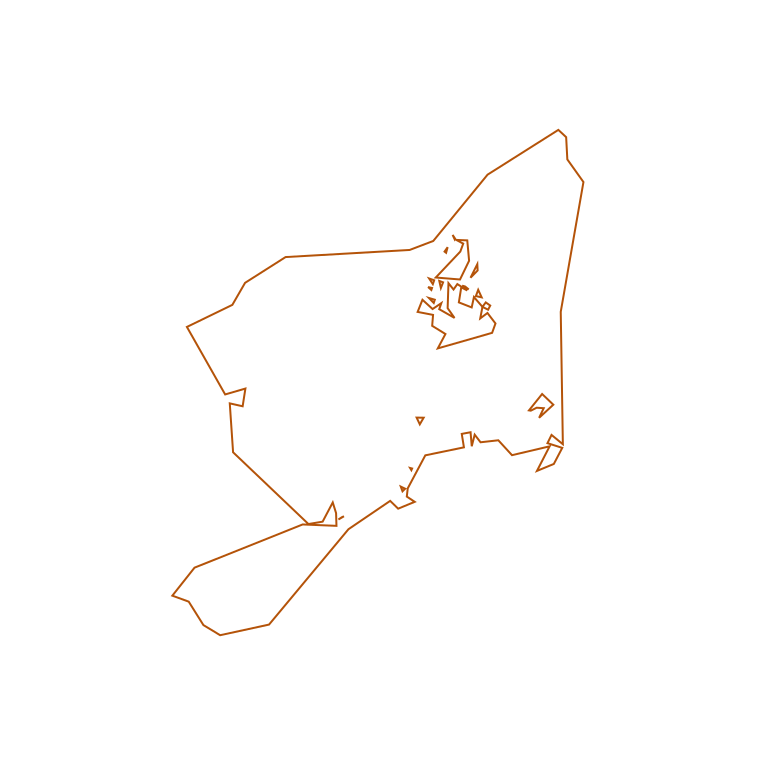 outline of Baarle-Nassau, Noord-Brabant, Netherlands, rotated 320°
{"feature_id": "6326949B26201619362436", "entity_name": "Baarle-Nassau", "entity_type": "district", "adm_level": 2, "iso_a3": "NLD", "parent_name": "Netherlands", "parent_adm1": "Noord-Brabant", "projection": "albers", "projection_center": [4.882, 51.437], "detail": "medium", "context": "isolated", "style": "outline", "palette": "amber", "viewbox_px": 768, "rotation_deg": 320, "n_neighbors": 0, "source": "geoboundaries", "source_scale": "gbopen_adm2", "svg_char_len": 1979}
<svg xmlns="http://www.w3.org/2000/svg" viewBox="0 0 768 768"><g transform="rotate(320 384 384)"><path d="M269.7,213.6L255.6,289.9L274.9,298.4L261.4,310.2L253.4,299.7L224.5,339.3L236.1,442.7L248.5,450.0L268.6,441.8L264.3,452.1L256.4,462.1L231.4,439.3L120.8,402.9L85.8,410.1L94.5,425.2L90.7,452.6L97.0,471.1L141.3,494.4L263.4,472.4L313.6,477.5L314.7,488.6L331.8,494.0L329.1,484.9L335.1,479.2L369.8,465.2L404.5,483.9L411.5,472.2L419.3,476.6L411.2,488.1L420.9,481.1L420.5,490.7L435.4,500.6L436.3,520.8L470.8,538.2L445.3,548.9L462.7,554.4L479.5,547.5L471.2,534.4L479.6,530.7L482.3,545.1L565.8,442.3L666.6,357.5L668.8,329.8L682.2,312.0L680.9,301.4L597.9,290.2L513.7,306.1L489.8,297.8L390.2,223.5L342.6,217.2L318.7,225.9L269.7,213.6ZM509.0,388.2L499.9,395.6L508.9,396.1L508.3,409.3L499.7,414.3L448.1,391.3L463.2,385.2L458.3,370.4L466.0,362.6L456.1,350.4L467.6,344.2L469.4,357.8L479.9,358.9L474.4,362.2L480.5,378.7L481.5,366.8L498.2,348.2L498.0,356.3L504.4,354.6L507.9,365.9L505.3,359.6L493.8,369.6L500.4,381.7L508.8,375.2L509.0,388.2ZM528.4,344.3L509.4,352.8L492.1,335.7L527.6,331.6L534.9,327.4L532.0,320.1L540.1,327.5L528.4,344.3ZM498.7,493.3L500.4,508.7L481.1,509.6L490.8,505.2L485.7,500.3L479.3,498.8L478.1,497.4L498.7,493.3ZM532.5,352.2L528.7,357.2L518.6,358.2L532.5,352.2ZM385.5,437.9L387.4,430.7L392.7,435.3L385.5,437.9ZM509.0,388.2L514.4,386.9L515.8,392.2L511.5,394.0L509.0,388.2ZM474.2,353.9L473.7,347.0L477.1,352.1L474.2,353.9ZM489.3,347.0L492.6,340.6L494.6,344.1L489.3,347.0ZM485.6,338.9L486.4,332.2L489.1,336.8L485.6,338.9ZM514.5,380.4L510.9,375.7L516.7,372.4L514.5,380.4ZM262.0,458.5L266.3,459.0L268.3,459.6L262.0,458.5ZM329.2,478.1L330.9,473.4L332.9,477.8L329.2,478.1ZM520.7,320.1L515.9,323.4L515.5,321.5L520.7,320.1ZM507.1,358.9L508.8,361.4L509.7,366.0L507.1,358.9ZM480.7,342.4L480.1,338.1L482.5,341.3L480.7,342.4ZM349.6,467.6L350.0,465.1L351.2,466.8L349.6,467.6ZM531.0,319.1L532.4,313.9L531.8,319.0L531.0,319.1Z" fill="none" stroke="#b45309" stroke-width="2"/></g></svg>